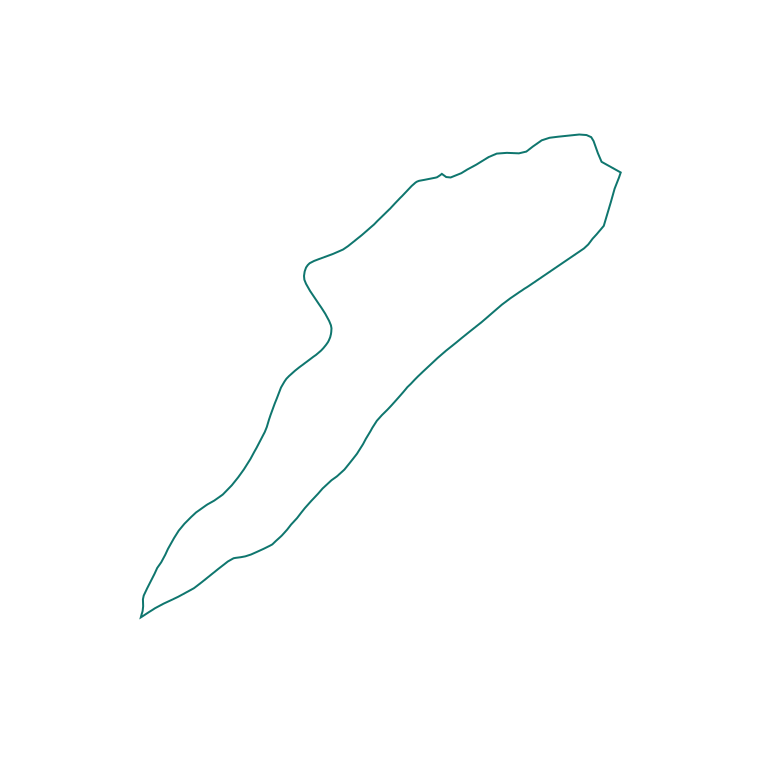 Tan Phu Dong, Vietnam, rotated 291°
{"feature_id": "81297802B25768458282790", "entity_name": "Tan Phu Dong", "entity_type": "district", "adm_level": 2, "iso_a3": "VNM", "parent_name": "Vietnam", "parent_adm1": "", "projection": "equal_earth", "projection_center": [106.637, 10.249], "detail": "fine", "context": "isolated", "style": "outline", "palette": "teal", "viewbox_px": 768, "rotation_deg": 291, "n_neighbors": 0, "source": "geoboundaries", "source_scale": "gbopen_adm2", "svg_char_len": 2471}
<svg xmlns="http://www.w3.org/2000/svg" viewBox="0 0 768 768"><g transform="rotate(291 384 384)"><path d="M666.3,529.2L669.4,507.5L676.1,501.0L685.9,492.6L688.7,489.0L689.0,483.9L686.9,476.9L677.3,458.0L673.2,450.3L668.0,443.9L659.1,437.9L652.0,433.6L647.7,427.3L643.8,415.8L639.5,406.7L633.3,400.3L621.9,391.6L614.1,384.9L608.5,380.6L600.7,372.2L599.5,367.9L600.9,362.7L598.9,361.5L596.0,359.4L595.0,358.0L589.1,348.6L586.3,344.0L584.8,342.3L583.3,341.2L578.7,338.8L565.6,333.4L563.7,332.5L556.5,329.5L549.3,326.6L549.2,326.5L533.8,319.4L529.3,317.5L525.8,315.6L515.2,310.0L499.8,301.0L494.9,297.6L492.7,295.4L487.1,289.7L477.3,278.5L473.8,274.6L470.1,271.3L467.7,270.2L464.8,269.5L460.7,269.6L456.2,270.6L452.8,272.3L449.6,275.3L444.4,281.6L435.4,294.4L432.8,298.2L428.6,303.9L423.2,310.2L419.8,313.4L418.0,314.5L417.2,315.0L413.7,316.1L411.5,316.6L408.4,317.0L405.1,316.9L403.1,316.7L399.9,315.9L395.9,314.6L392.7,313.3L386.8,310.1L384.0,308.2L381.4,306.6L369.2,298.9L364.6,296.2L357.4,292.5L353.9,291.0L350.6,290.2L343.8,289.1L343.7,289.1L331.9,289.1L326.8,289.0L314.2,289.2L312.3,289.3L309.6,289.4L301.9,290.0L296.4,289.9L293.0,289.5L278.8,287.9L274.1,287.2L273.3,287.1L266.2,286.2L254.1,283.8L244.6,281.3L234.9,278.2L223.0,273.1L214.3,267.3L208.4,262.4L207.0,261.4L196.8,254.6L190.9,251.7L182.1,247.8L173.5,244.9L164.9,243.2L152.6,241.4L146.3,241.0L137.7,239.9L131.0,238.2L124.6,237.8L108.3,236.1L100.4,235.5L96.6,236.1L90.2,238.8L85.6,240.0L83.5,240.2L82.7,240.2L79.0,240.6L80.3,241.6L87.1,246.5L90.0,248.7L92.5,250.5L99.9,256.9L105.9,262.7L111.7,268.2L125.2,279.7L133.5,284.8L151.7,295.4L162.3,301.8L165.6,304.5L167.4,306.0L168.4,307.6L171.0,312.4L173.4,316.3L177.2,321.0L181.8,325.6L187.1,330.8L192.1,335.4L194.2,337.2L198.7,339.3L204.4,342.2L206.1,343.0L213.4,345.8L219.4,347.6L227.7,350.9L234.1,352.8L239.8,354.6L248.8,358.0L257.8,361.7L264.4,364.1L275.4,369.5L280.8,373.1L289.9,377.7L297.0,380.0L303.7,382.1L309.3,383.8L311.4,384.2L320.4,386.0L326.3,386.7L335.2,388.3L338.9,388.8L347.1,390.5L354.2,393.2L361.0,396.3L367.1,398.8L376.6,402.4L383.4,404.9L389.6,407.0L393.8,409.0L399.2,411.2L403.3,413.0L409.2,415.8L427.5,424.7L437.2,429.9L448.8,436.7L454.5,439.9L464.3,445.6L477.0,453.1L490.8,460.5L500.3,465.6L509.4,471.3L516.6,476.3L518.1,477.3L520.7,479.2L523.2,480.9L525.4,482.6L527.2,483.9L582.2,522.1L587.5,524.7L594.5,526.7L599.8,528.8L610.4,532.5L635.0,530.6L649.0,529.3L661.0,529.4L666.3,529.2Z" fill="none" stroke="#0f766e" stroke-width="2"/></g></svg>